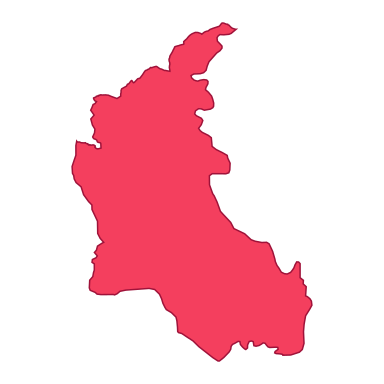 the district of Pan de Azúcar, Maldonado, Uruguay
{"feature_id": "84410073B72110220919520", "entity_name": "Pan de Azúcar", "entity_type": "district", "adm_level": 2, "iso_a3": "URY", "parent_name": "Uruguay", "parent_adm1": "Maldonado", "projection": "natural_earth1", "projection_center": [-55.245, -34.679], "detail": "fine", "context": "isolated", "style": "filled", "palette": "rose", "viewbox_px": 384, "rotation_deg": 0, "n_neighbors": 0, "source": "geoboundaries", "source_scale": "gbopen_adm2", "svg_char_len": 5594}
<svg xmlns="http://www.w3.org/2000/svg" viewBox="0 0 384 384"><path d="M76.7,141.2L75.9,145.5L75.9,155.2L74.0,160.7L72.1,166.5L72.5,173.4L73.7,175.5L74.2,178.9L76.1,182.6L81.1,186.8L83.6,194.7L88.6,201.6L91.9,205.0L92.0,209.5L97.5,221.2L97.7,233.5L100.2,238.4L103.7,242.3L101.7,243.4L97.5,246.1L96.4,250.2L94.4,252.5L97.3,255.9L96.0,257.8L92.4,259.5L92.0,262.3L94.3,263.9L94.3,270.1L93.5,272.6L92.8,276.6L89.7,280.2L89.3,287.9L90.2,290.3L95.2,292.4L97.0,294.1L101.0,294.6L113.3,294.5L114.6,294.9L117.2,293.7L120.0,291.3L125.8,290.1L149.1,288.4L154.7,289.5L159.5,294.2L161.6,298.8L162.9,303.2L164.9,307.3L166.3,309.6L171.4,312.6L176.0,317.1L176.9,320.8L177.5,327.2L177.7,331.6L178.5,332.6L181.8,333.5L186.7,336.8L193.0,340.9L198.9,346.7L212.8,357.6L218.0,361.0L219.4,361.0L223.8,357.5L229.1,352.0L230.7,349.3L231.1,346.4L232.5,344.4L235.0,343.2L238.1,341.4L239.9,341.6L240.4,344.5L242.6,347.1L244.6,348.9L245.8,349.5L247.5,348.0L247.6,344.9L249.2,341.5L251.5,341.0L253.2,341.6L253.9,345.7L256.0,346.2L259.1,345.5L261.6,344.0L263.1,342.9L265.1,343.3L266.5,345.2L268.0,346.9L269.8,347.5L273.3,347.3L276.0,347.2L277.8,347.4L278.1,349.3L275.1,351.5L274.7,352.9L276.1,353.6L279.2,353.8L282.0,354.2L282.9,354.8L282.9,355.2L290.7,355.0L299.4,352.2L302.3,349.5L304.0,343.4L303.5,331.7L304.1,324.3L305.6,315.8L309.9,308.9L311.9,305.2L311.4,301.1L309.9,298.7L307.3,296.6L305.6,295.9L306.2,286.7L303.2,283.9L303.4,280.3L300.1,277.7L300.1,266.9L300.1,263.6L298.6,262.0L296.7,261.9L295.0,264.9L294.0,267.7L292.6,269.9L290.6,272.4L287.2,274.0L284.5,273.7L281.3,272.2L278.7,267.8L277.0,265.5L275.3,261.5L274.9,259.2L272.6,251.3L269.1,243.8L266.6,242.3L261.8,242.5L255.0,241.2L251.1,239.7L244.7,233.8L233.9,228.6L230.7,222.4L223.0,214.2L220.4,211.3L217.1,202.1L214.2,195.9L212.7,193.7L209.5,184.8L209.4,175.7L212.2,173.7L221.1,173.7L225.8,173.8L228.8,172.8L229.8,170.0L230.1,163.2L227.7,158.0L227.2,155.4L222.7,152.8L216.1,149.5L212.1,146.4L211.3,137.7L208.4,135.4L202.3,132.4L200.1,130.6L198.6,128.3L201.3,124.7L202.8,120.5L201.4,118.3L196.3,115.7L194.7,113.9L195.5,110.8L198.6,108.7L201.3,108.9L204.3,110.2L210.5,109.1L212.8,107.7L213.6,106.3L213.7,103.1L212.7,99.2L211.6,96.1L208.4,92.2L205.5,89.7L205.9,87.6L207.9,83.8L208.0,81.4L206.7,80.0L203.8,79.6L200.2,80.2L197.9,81.1L196.1,80.8L194.1,80.1L191.6,77.8L191.0,75.6L193.8,74.0L200.3,73.7L203.6,72.7L206.1,70.3L207.2,66.1L209.0,61.7L216.7,53.0L220.0,50.7L222.0,48.1L222.0,46.1L220.6,44.5L217.4,41.2L217.0,37.8L218.0,36.1L219.8,34.6L223.8,34.8L229.0,34.3L231.2,33.4L236.1,29.3L235.7,29.3L234.6,29.0L232.4,28.3L231.6,27.7L230.9,27.2L230.5,26.8L230.2,26.5L228.9,25.1L228.3,25.0L228.2,25.0L227.9,24.6L227.8,24.3L227.6,24.2L226.9,24.2L226.2,24.1L224.4,23.4L223.9,23.1L222.1,23.0L221.8,23.2L221.3,23.7L219.8,25.7L219.4,26.1L219.1,26.3L212.4,28.5L212.1,28.7L210.9,29.1L210.7,29.2L210.1,29.4L209.6,29.8L208.0,31.0L207.4,31.1L207.0,31.2L206.7,31.2L204.8,31.9L204.6,32.1L204.0,32.4L203.2,33.1L202.7,33.4L202.6,33.6L202.2,33.8L202.1,34.0L201.7,34.2L201.1,33.6L197.9,32.5L195.3,32.4L192.0,33.8L190.2,35.0L188.7,36.4L187.7,37.6L186.7,38.9L185.6,39.8L183.7,41.6L183.7,42.0L183.8,42.8L183.8,44.0L183.7,44.2L183.2,44.4L182.4,44.5L180.1,45.1L179.6,45.3L179.1,45.5L178.5,45.7L177.9,45.8L175.7,46.4L175.0,46.7L174.8,46.8L174.6,47.2L174.5,47.5L174.2,48.1L173.9,48.8L173.1,50.2L173.0,50.5L172.7,51.2L172.5,51.6L172.1,52.4L171.5,53.3L171.3,53.7L170.7,54.7L170.1,55.7L169.9,56.1L169.6,57.9L169.1,58.9L169.1,59.4L169.0,59.7L169.1,60.5L169.3,61.6L169.6,62.2L169.7,62.7L169.7,63.2L169.9,64.0L169.7,64.8L169.7,65.0L169.5,65.6L169.5,66.3L169.3,67.1L169.4,67.4L169.4,67.6L169.4,67.9L169.9,70.5L169.9,71.2L169.9,71.3L169.4,71.2L168.9,71.1L167.1,70.8L165.7,70.5L165.0,70.4L164.5,70.5L161.8,69.2L161.2,69.0L160.4,68.9L160.1,68.8L158.7,67.9L157.0,66.7L156.4,66.4L156.0,66.4L155.6,66.5L153.0,67.2L151.9,67.7L151.5,67.7L150.9,67.4L150.1,67.9L149.2,68.8L148.6,69.2L148.0,69.3L147.7,69.5L146.8,70.1L145.5,70.5L145.1,70.9L144.2,72.1L142.5,74.8L140.1,77.9L139.8,78.2L139.6,78.3L138.2,78.6L137.7,78.8L137.3,79.2L134.7,82.0L134.3,82.4L133.7,82.7L133.4,82.7L133.2,82.5L131.9,80.6L131.7,80.5L131.4,80.6L130.9,81.0L129.0,83.5L128.6,83.9L127.7,84.1L127.4,84.3L127.2,84.7L126.6,85.9L126.4,86.2L124.0,87.5L121.7,88.8L121.5,89.2L121.2,90.1L121.0,90.8L121.1,91.9L121.0,92.7L120.9,93.1L120.8,93.5L120.7,94.0L120.7,96.2L117.0,98.5L111.2,96.4L108.4,95.2L105.5,94.9L102.6,95.0L101.6,95.0L101.2,94.8L100.9,94.8L100.7,95.0L100.2,94.9L99.9,95.0L99.6,95.3L99.2,95.3L98.9,95.5L98.6,95.5L98.6,95.8L98.4,96.0L97.9,96.0L97.5,95.9L97.3,96.0L97.2,96.0L96.8,96.3L96.5,96.3L96.5,96.5L96.1,96.7L95.9,96.9L95.7,97.0L95.1,97.3L93.6,97.9L93.6,98.7L94.7,100.7L96.5,101.6L95.0,103.6L93.1,104.5L91.9,107.7L90.7,110.2L94.1,115.1L90.8,119.0L91.8,122.7L92.4,125.0L94.9,129.1L94.5,132.9L92.7,136.9L93.0,137.7L94.1,138.9L95.6,139.3L96.8,140.2L97.1,141.2L97.5,142.0L98.8,142.5L100.5,142.9L100.8,143.6L101.0,148.1L100.6,148.2L99.4,148.5L98.7,148.7L97.6,148.9L97.2,148.7L96.7,148.7L96.3,148.4L96.0,148.3L95.8,148.2L95.5,147.7L95.0,147.4L94.9,147.1L94.9,146.8L95.2,146.5L95.3,146.2L95.2,145.9L94.8,145.6L94.4,145.4L94.2,145.2L93.9,145.0L93.7,144.9L93.1,145.0L92.7,144.9L92.0,145.0L91.9,145.1L91.6,145.2L91.3,145.1L91.2,145.1L90.9,145.1L90.5,144.9L90.4,145.0L90.0,145.2L89.9,145.1L89.6,144.8L89.3,144.7L89.1,144.9L88.8,145.0L88.7,144.9L88.4,144.8L87.9,144.3L87.9,144.2L88.0,144.1L87.8,143.7L87.5,143.7L86.5,143.6L86.3,143.5L86.0,143.3L85.7,143.1L85.5,142.8L85.3,142.7L84.4,142.9L83.8,142.9L81.0,142.7L80.6,142.5L79.6,142.0L78.7,142.0L77.7,142.0L77.4,141.9L76.9,141.5L76.7,141.2Z" fill="#f43f5e" stroke="#9f1239" stroke-width="1.5"/></svg>